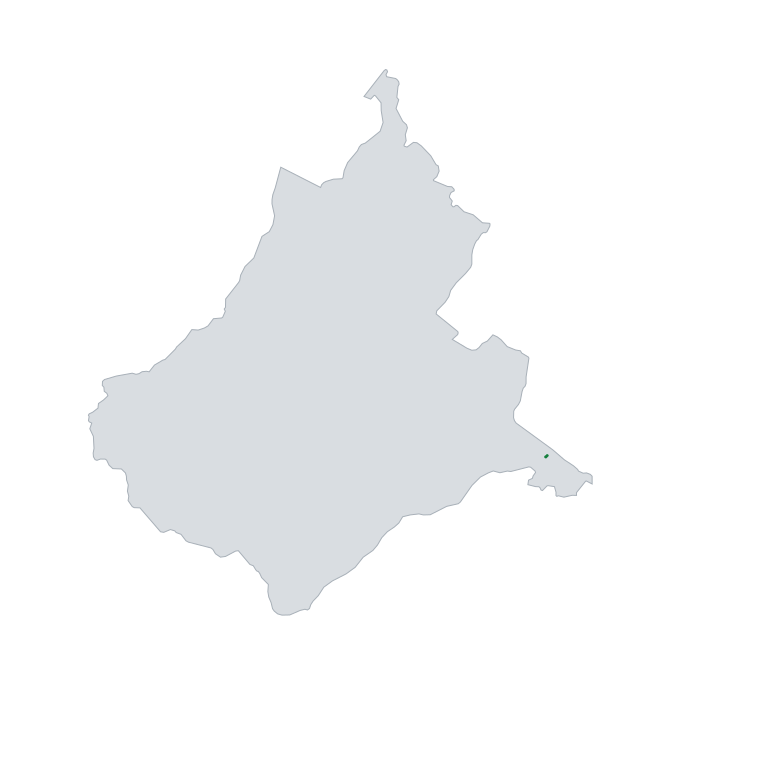 Bangu, Bas-Congo, Democratic Republic of the Congo (highlighted), rotated 217°
{"feature_id": "63176286B31425721317411", "entity_name": "Bangu", "entity_type": "district", "adm_level": 2, "iso_a3": "COD", "parent_name": "Democratic Republic of the Congo", "parent_adm1": "Bas-Congo", "projection": "robinson", "projection_center": [14.457, -5.558], "detail": "fine", "context": "in_parent", "style": "filled", "palette": "green", "viewbox_px": 768, "rotation_deg": 217, "n_neighbors": 0, "source": "geoboundaries", "source_scale": "gbopen_adm2", "svg_char_len": 4181}
<svg xmlns="http://www.w3.org/2000/svg" viewBox="0 0 768 768"><g transform="rotate(217 384 384)"><path d="M596.9,495.0L552.9,502.8L553.7,505.6L553.3,508.6L552.2,510.9L547.7,517.1L541.0,522.7L540.9,524.1L544.2,530.4L546.3,539.0L545.5,554.3L546.4,558.4L546.2,561.6L543.9,565.2L539.2,583.5L542.1,592.3L550.7,600.6L555.6,606.8L564.2,609.0L565.5,608.7L566.1,603.5L573.0,601.6L572.5,634.3L572.0,636.1L570.7,636.5L569.1,635.5L568.6,632.3L566.8,631.0L558.5,635.0L556.3,634.9L554.1,634.2L552.4,632.6L551.9,630.1L546.2,620.6L543.3,619.9L540.2,611.3L527.2,605.1L522.1,604.6L519.5,602.7L517.0,595.9L512.7,591.6L511.8,586.8L510.9,586.1L508.2,587.1L505.9,594.7L502.9,596.5L497.5,596.6L484.0,594.4L474.5,590.5L471.9,590.8L468.1,587.2L466.6,581.4L467.5,576.9L466.8,576.2L452.1,580.0L448.6,582.3L445.2,581.7L444.2,580.5L445.7,577.3L445.0,574.0L444.0,572.4L439.6,571.2L438.3,567.6L435.7,567.0L434.8,567.6L434.1,570.0L432.5,570.8L423.8,569.7L414.6,572.8L402.4,572.0L396.5,575.8L395.7,575.7L394.5,573.8L393.4,567.6L394.0,565.9L395.8,564.7L396.5,562.2L395.9,555.8L396.4,554.2L395.8,550.5L394.0,544.7L391.5,539.9L386.0,532.6L385.0,529.3L385.4,521.2L387.2,508.4L387.1,498.9L384.8,492.8L384.4,486.1L385.9,474.2L384.5,471.3L356.6,470.3L355.5,469.4L354.9,467.8L356.3,460.7L339.3,462.5L334.2,463.8L331.0,466.7L330.0,470.4L329.9,475.5L327.3,480.5L326.6,488.8L321.9,489.8L317.2,489.8L308.1,488.0L299.3,490.4L295.0,492.6L292.7,491.6L284.8,492.4L283.8,491.8L274.8,475.2L270.8,469.8L270.0,467.1L270.3,464.5L269.2,461.1L265.0,452.6L264.3,448.6L264.5,442.4L264.0,440.3L260.2,435.0L257.7,433.2L254.9,432.3L209.5,433.0L194.4,432.0L183.4,432.7L177.9,432.3L176.3,431.5L171.3,432.6L168.7,434.9L164.8,436.0L162.3,435.6L157.6,429.4L164.0,428.3L164.5,427.7L164.9,413.0L163.2,410.9L166.7,408.4L172.2,401.9L177.6,399.6L178.3,398.3L179.5,398.4L181.5,401.1L186.1,404.6L191.9,401.5L192.5,400.6L193.3,394.3L194.7,393.8L197.2,395.1L198.6,395.1L201.1,393.3L208.5,390.2L210.7,394.2L208.7,397.9L209.6,400.4L209.7,404.5L210.9,405.4L216.8,405.8L218.5,404.9L230.1,390.4L233.1,388.7L238.0,382.9L244.4,380.3L247.2,375.8L251.0,367.7L252.7,356.0L252.0,335.8L252.6,333.1L260.3,324.0L268.4,307.4L273.8,303.1L277.9,301.3L284.2,295.3L289.2,289.2L288.5,281.9L289.7,275.9L292.4,268.1L293.3,260.0L292.3,251.4L292.7,244.4L296.4,233.1L296.7,220.3L300.0,209.5L306.7,195.7L309.8,185.5L309.1,175.4L310.0,168.0L309.7,163.7L308.4,159.9L309.1,157.5L311.6,156.5L314.7,152.7L320.3,142.8L326.4,138.0L330.6,136.4L335.0,136.6L337.8,137.5L342.5,141.4L347.8,144.5L351.8,148.3L355.7,154.3L365.1,155.7L369.2,157.9L371.7,158.7L372.6,158.1L374.5,158.4L379.0,160.2L382.5,159.2L400.0,163.2L402.0,161.2L406.8,150.9L410.4,147.3L416.4,147.0L421.1,148.9L423.6,148.9L445.0,140.0L447.8,139.6L455.6,141.8L460.6,140.3L462.7,140.8L467.0,139.2L470.6,133.0L473.5,131.5L504.4,138.2L509.1,134.9L511.3,134.6L518.2,136.9L520.3,140.8L524.4,144.0L527.4,149.4L531.9,152.5L534.3,155.4L537.0,157.4L542.6,158.1L549.7,153.2L554.7,153.7L559.7,156.3L561.5,156.2L565.3,153.4L567.3,150.3L569.2,149.7L572.2,151.0L574.7,153.8L576.8,158.0L584.6,167.3L592.0,171.2L593.9,176.9L596.6,176.4L598.0,176.9L599.9,180.5L601.3,181.2L601.5,182.7L599.7,186.1L597.9,192.6L600.3,196.6L598.4,202.4L597.4,208.4L599.8,209.8L603.0,209.8L605.8,212.9L608.1,213.3L610.4,216.7L609.9,219.4L602.6,229.2L591.6,241.1L587.9,242.5L585.9,244.8L584.6,248.2L581.4,251.2L578.9,252.4L578.7,261.0L575.0,270.0L573.6,271.8L571.6,286.3L571.9,288.8L569.8,300.7L570.2,311.8L564.8,315.3L561.1,320.7L559.5,324.5L559.5,333.5L553.4,339.0L553.0,340.3L554.5,346.6L556.7,347.7L556.7,349.8L561.6,356.6L561.2,377.6L561.5,379.7L564.0,384.7L565.7,394.2L563.8,406.3L570.3,428.5L567.3,436.6L568.6,444.4L572.6,452.5L581.9,460.5L584.4,463.9L586.7,468.3L588.9,475.2L596.9,495.0Z" fill="#d9dde1" stroke="#a8b0b8" stroke-width="1"/><path d="M211.5,422.5L211.2,422.5L210.9,422.4L210.5,422.5L210.3,422.7L210.2,423.2L210.1,424.0L210.1,424.4L210.0,424.6L209.9,424.9L210.0,425.2L210.0,425.5L210.3,425.7L210.5,425.7L210.8,425.7L211.0,425.6L210.9,425.5L210.8,425.4L211.0,425.0L211.0,424.9L211.1,424.6L210.9,424.4L211.1,424.1L211.5,423.9L211.6,423.6L211.7,423.4L211.7,423.1L211.7,422.8L211.5,422.5Z" fill="#22c55e" stroke="#15803d" stroke-width="1.5"/></g></svg>